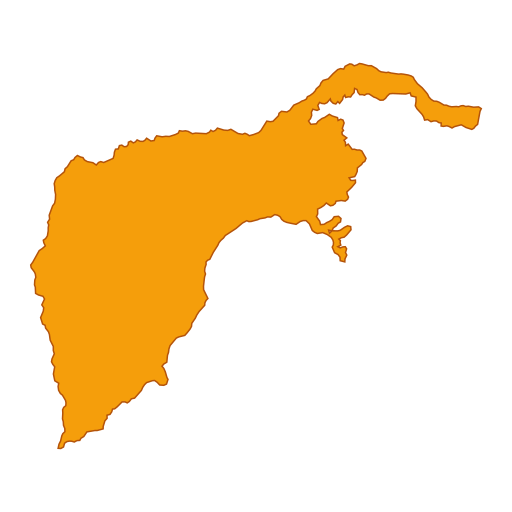 Novo Jardim, Tocantins, Brazil
{"feature_id": "56859067B81218887161282", "entity_name": "Novo Jardim", "entity_type": "district", "adm_level": 2, "iso_a3": "BRA", "parent_name": "Brazil", "parent_adm1": "Tocantins", "projection": "natural_earth1", "projection_center": [-46.478, -11.806], "detail": "fine", "context": "isolated", "style": "filled", "palette": "amber", "viewbox_px": 512, "rotation_deg": 0, "n_neighbors": 0, "source": "geoboundaries", "source_scale": "gbopen_adm2", "svg_char_len": 5958}
<svg xmlns="http://www.w3.org/2000/svg" viewBox="0 0 512 512"><path d="M58.1,448.3L60.8,448.5L63.5,447.0L64.6,443.2L66.9,441.6L69.4,441.1L71.6,441.2L74.3,442.0L76.9,440.6L79.8,440.4L80.9,438.3L83.8,436.5L86.9,431.9L94.9,430.5L97.2,430.5L103.1,428.9L103.2,426.4L104.9,420.8L107.1,418.3L107.0,415.2L110.0,414.4L111.7,411.9L112.5,409.1L114.7,408.8L117.2,406.8L122.1,401.9L125.1,401.9L127.2,402.9L129.3,401.5L131.4,398.8L134.6,398.1L141.4,390.4L142.7,387.4L144.5,384.7L146.6,382.6L152.4,380.7L154.6,380.5L157.2,382.3L159.7,385.0L163.8,385.3L166.5,384.1L168.0,379.4L166.9,377.4L165.3,371.8L163.8,368.4L162.0,366.2L163.8,364.0L166.8,362.2L167.5,355.2L168.5,352.4L168.9,349.0L170.1,345.5L176.3,338.1L178.8,336.9L184.8,335.4L186.8,333.2L190.1,329.0L191.5,326.4L191.8,323.3L195.3,318.2L196.8,315.0L199.1,311.5L204.7,305.3L204.9,302.8L206.1,300.4L207.9,298.5L203.6,289.7L203.5,286.2L204.2,279.8L204.6,276.8L205.5,274.0L204.6,271.2L204.9,268.0L206.1,264.5L206.0,262.0L207.5,260.3L209.8,259.3L213.3,252.3L217.8,245.3L219.0,242.6L220.8,240.4L223.4,238.1L225.3,235.5L236.0,228.5L242.5,223.0L246.8,220.7L248.8,221.6L251.0,221.5L257.8,219.7L259.9,218.7L265.0,217.9L267.6,216.9L270.8,217.1L274.7,214.6L277.5,215.2L280.0,216.6L281.7,219.4L283.9,221.2L286.8,222.4L291.3,223.4L296.1,224.3L300.2,221.5L303.1,220.6L306.1,220.6L309.4,223.8L312.3,230.5L314.6,232.3L317.3,233.5L322.7,232.6L327.4,234.6L331.2,237.3L332.9,240.0L333.5,242.4L333.3,245.1L332.2,247.1L334.6,252.7L338.1,254.6L340.0,257.2L340.2,260.7L344.8,261.9L345.0,258.9L346.8,255.1L345.5,252.6L346.6,248.8L345.3,246.7L342.9,246.9L340.2,247.9L337.8,246.7L340.8,245.1L340.1,242.9L340.4,240.6L338.8,239.1L341.4,237.7L344.1,237.2L346.6,235.0L351.0,229.8L350.7,226.6L347.6,225.8L344.5,227.3L340.2,230.3L337.7,230.9L332.0,230.8L333.2,228.0L336.2,225.9L338.1,223.3L340.5,221.9L341.0,218.5L338.5,216.3L334.2,216.7L332.2,219.6L329.4,221.4L326.7,222.6L324.2,224.3L320.5,224.6L319.7,221.2L316.4,216.6L317.7,213.9L317.6,209.1L320.9,207.5L323.9,205.5L326.3,203.0L330.4,205.8L332.9,205.3L335.3,203.4L336.0,201.2L341.3,200.5L345.2,201.1L347.6,199.3L348.5,197.1L347.3,194.6L346.8,192.0L351.6,187.4L355.5,182.7L355.4,180.1L352.7,180.5L350.7,180.3L349.1,177.8L354.7,176.6L355.9,174.6L357.2,171.5L357.4,167.9L361.6,164.5L362.8,162.6L364.8,161.4L366.0,158.4L361.8,151.0L359.7,150.0L357.0,150.0L354.3,149.2L352.2,149.4L348.2,144.1L345.6,145.7L345.4,142.3L344.0,140.2L346.8,137.9L342.3,134.6L341.9,132.2L343.5,130.5L342.3,128.5L344.1,123.0L343.0,120.1L340.7,119.2L338.1,120.5L337.5,117.6L332.3,116.0L329.3,114.3L324.6,117.5L322.1,118.4L318.0,121.4L316.3,123.8L310.8,124.3L308.5,121.0L310.5,118.6L311.7,115.4L311.4,112.2L312.8,109.2L317.1,110.4L319.2,109.4L317.8,105.4L319.6,102.4L321.6,103.4L324.6,103.8L327.0,102.7L330.3,98.9L330.9,101.1L333.2,103.3L335.8,104.0L337.8,101.6L339.6,103.4L342.6,99.5L343.1,97.0L344.8,95.1L345.6,97.5L348.3,96.8L350.6,97.0L352.1,94.7L354.1,92.6L354.6,88.4L357.0,89.5L358.0,92.5L359.8,94.7L362.3,94.6L364.5,95.2L366.7,93.9L369.0,93.9L373.9,97.1L376.2,97.9L380.1,100.2L383.2,100.1L385.5,98.4L387.1,96.2L389.6,93.8L392.5,93.5L405.8,94.0L410.1,92.8L411.2,95.9L416.0,97.1L416.0,101.5L415.3,105.8L416.9,108.7L422.1,114.4L423.6,116.9L424.6,120.1L427.7,119.6L431.0,121.7L433.8,120.9L436.5,121.0L438.8,122.6L441.2,123.0L441.1,126.0L443.3,126.4L446.9,125.8L449.1,126.5L452.0,128.0L454.5,126.6L461.3,124.8L466.0,127.5L471.8,129.4L473.8,128.3L475.5,126.1L477.6,124.4L480.0,111.4L481.3,108.6L478.6,106.9L473.6,107.2L468.4,106.2L465.7,106.5L463.2,105.6L461.1,105.8L458.7,106.8L456.3,106.5L451.7,106.8L448.9,106.2L446.6,105.2L444.0,105.1L439.3,102.3L436.8,101.3L433.8,101.1L431.1,99.4L428.9,97.0L427.6,94.2L426.0,92.2L422.2,87.8L417.4,83.7L414.3,79.5L413.3,77.3L411.3,76.0L408.2,75.0L403.6,74.2L401.0,73.9L398.6,74.1L390.9,73.0L388.3,72.2L386.3,72.6L381.0,71.8L378.8,70.7L376.6,68.6L371.4,65.7L368.3,65.7L362.0,63.9L359.5,63.5L357.0,64.9L354.2,65.8L351.8,64.2L349.7,63.9L345.1,66.3L343.7,69.1L340.5,68.6L337.7,69.6L333.2,73.6L328.2,78.9L323.1,80.4L321.0,82.9L319.9,85.6L316.3,88.8L315.2,90.9L313.1,93.2L310.0,95.5L307.4,96.7L306.4,99.0L304.4,100.2L301.8,101.1L299.3,102.7L293.8,105.1L289.8,110.3L286.9,112.0L281.5,111.3L279.0,113.3L278.5,115.7L273.0,121.3L270.3,121.7L266.8,121.1L261.0,130.4L258.7,132.6L253.7,134.5L249.3,135.7L247.3,134.3L244.9,133.3L242.5,134.3L238.0,133.5L230.9,129.3L227.8,130.4L223.9,130.1L217.4,128.1L215.5,130.3L213.0,131.5L210.8,130.2L209.5,132.1L206.3,133.7L195.7,133.1L192.4,133.7L188.2,131.4L185.5,130.8L182.5,131.2L179.4,130.7L178.3,133.1L175.5,134.5L169.3,136.5L165.8,136.3L162.2,136.8L156.7,135.8L155.0,138.1L154.2,140.5L150.9,141.0L146.6,138.2L145.0,140.2L143.1,141.4L140.1,141.3L137.1,139.9L135.4,141.9L133.3,142.9L130.8,141.1L128.4,142.2L128.2,144.6L126.6,146.5L124.1,146.7L121.8,145.1L119.4,145.6L118.3,148.9L115.5,149.2L114.4,152.2L114.1,155.2L113.1,158.4L103.7,162.5L100.7,161.6L98.5,162.5L96.3,165.0L92.9,162.7L87.3,161.6L84.4,159.9L83.0,157.6L80.5,157.0L77.4,155.5L75.0,157.5L73.7,159.7L71.1,160.8L67.4,166.7L65.1,168.7L64.4,171.7L59.6,175.8L56.8,177.7L55.2,180.5L54.2,183.7L54.7,186.9L54.8,190.3L55.6,194.5L55.4,199.3L54.6,203.2L52.6,205.9L49.2,215.2L49.6,219.2L47.6,222.3L48.7,224.9L48.2,227.6L48.2,230.9L47.4,235.9L45.6,238.6L43.3,240.2L43.8,242.7L45.3,245.9L42.2,248.6L39.2,250.6L32.7,262.3L30.7,265.0L31.2,267.7L34.3,271.8L35.3,273.9L35.8,277.3L34.8,280.1L34.5,284.9L35.3,287.1L35.6,293.4L38.5,295.0L43.0,296.3L44.5,299.0L41.8,304.9L43.7,307.7L43.3,311.1L40.6,317.6L42.6,324.0L45.1,325.3L45.6,328.1L48.4,331.7L49.4,334.4L50.2,340.2L53.3,346.4L53.3,350.5L54.3,353.8L52.0,358.9L51.5,361.8L52.8,364.3L54.7,366.8L53.4,374.0L54.8,380.8L58.7,383.2L58.1,386.5L58.6,390.3L60.4,393.5L62.4,395.1L63.9,397.6L65.5,400.4L66.0,402.8L65.8,405.7L63.7,407.4L62.6,409.8L62.8,412.9L62.5,418.9L63.3,421.7L63.5,425.3L64.8,428.5L64.9,431.7L62.8,433.7L61.8,435.9L60.6,441.0L59.0,444.2L58.1,448.3ZM332.0,230.8L329.5,233.2L328.6,230.1L332.0,230.8Z" fill="#f59e0b" stroke="#b45309" stroke-width="1.5"/></svg>